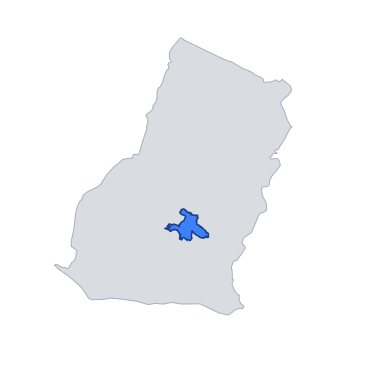 Sekyere Afram Plains North, Ashanti, Ghana shown in context, rotated 26°
{"feature_id": "2480657B37542209080123", "entity_name": "Sekyere Afram Plains North", "entity_type": "district", "adm_level": 2, "iso_a3": "GHA", "parent_name": "Ghana", "parent_adm1": "Ashanti", "projection": "orthographic", "projection_center": [-0.752, 7.211], "detail": "fine", "context": "in_parent", "style": "filled", "palette": "blue", "viewbox_px": 384, "rotation_deg": 26, "n_neighbors": 0, "source": "geoboundaries", "source_scale": "gbopen_adm2", "svg_char_len": 7884}
<svg xmlns="http://www.w3.org/2000/svg" viewBox="0 0 384 384"><g transform="rotate(26 192 192)"><path d="M233.5,53.5L236.3,56.1L236.9,57.6L235.9,63.3L233.9,67.3L232.6,71.0L232.8,72.9L234.0,74.8L238.2,77.7L240.4,79.6L243.0,82.5L245.9,85.3L250.9,89.0L253.1,89.6L253.0,90.6L252.3,92.0L251.9,105.7L251.5,109.3L251.1,111.1L250.7,116.2L250.1,116.9L249.2,116.8L248.3,117.0L248.1,118.1L248.5,119.1L251.5,119.8L250.8,120.6L248.6,121.3L247.6,122.9L248.0,124.6L246.8,126.0L247.1,127.0L247.9,127.7L249.2,127.4L252.7,125.0L254.2,124.8L256.1,125.3L259.5,128.9L259.6,130.6L258.3,136.7L256.9,141.3L256.7,147.5L258.1,151.0L258.0,152.9L256.4,154.6L252.9,157.0L253.2,158.6L254.8,161.7L257.8,165.1L263.5,169.3L266.6,174.7L266.7,177.0L264.9,179.2L262.8,181.1L262.2,183.9L263.2,202.3L258.6,210.3L258.6,212.6L259.0,215.2L260.3,216.8L262.6,217.2L264.5,218.8L263.9,224.4L262.9,230.1L262.7,232.8L262.2,234.2L260.3,235.2L259.7,237.0L260.2,239.3L259.8,240.9L260.8,243.0L262.9,245.7L266.3,252.3L267.6,252.8L268.1,254.2L267.8,255.5L269.1,258.4L272.8,261.3L276.8,263.8L280.0,264.2L280.7,266.5L282.8,269.3L284.3,270.6L286.7,271.4L288.7,271.9L288.8,274.3L285.3,276.0L282.9,278.5L281.0,282.4L278.5,286.6L269.7,288.9L266.3,288.9L248.3,289.0L231.4,297.4L221.7,300.4L215.7,305.1L207.6,308.4L202.0,312.4L190.3,314.4L171.2,320.7L165.2,323.2L159.1,327.6L149.2,332.8L145.4,332.7L137.6,327.8L131.8,325.4L117.7,321.6L107.1,320.1L102.0,318.5L100.5,318.2L101.7,316.5L104.7,316.4L107.8,316.9L110.2,315.6L113.6,315.5L114.5,314.1L114.8,310.6L114.8,307.8L116.0,306.5L116.3,303.2L114.6,295.8L113.4,295.0L107.3,293.9L106.8,292.4L105.7,290.9L104.5,287.1L103.2,281.4L101.1,274.4L97.0,262.8L96.0,258.7L95.3,254.6L95.2,249.6L96.0,247.7L95.9,245.2L95.6,242.6L98.5,236.7L104.3,229.6L105.5,227.0L106.6,225.2L106.7,222.6L107.8,214.2L110.6,204.1L112.3,200.3L113.5,198.2L114.9,194.8L115.3,193.2L120.5,189.3L123.0,188.2L123.5,186.7L122.7,184.9L123.0,183.8L124.3,183.2L126.2,182.7L127.7,181.1L125.5,168.6L123.8,156.1L123.7,155.1L122.6,153.3L121.6,148.2L119.8,145.2L117.4,144.3L117.4,141.4L119.9,136.7L120.6,133.9L119.4,133.0L119.2,130.8L120.1,127.3L119.7,125.1L119.3,122.8L116.7,117.3L116.1,113.5L117.4,111.2L117.4,106.3L116.1,98.7L115.9,93.8L116.8,91.8L116.4,89.9L114.5,88.1L114.4,86.3L116.0,84.6L115.8,83.3L113.8,82.3L112.1,80.0L110.5,76.3L110.9,70.3L113.9,59.4L114.3,58.4L117.7,58.5L117.7,59.0L128.1,58.9L140.1,58.9L154.4,58.8L167.4,58.6L168.0,58.2L170.1,57.6L183.3,58.7L191.5,58.1L195.0,58.5L197.5,59.2L203.2,58.8L206.2,59.1L208.5,61.8L209.4,61.8L210.7,60.6L213.0,59.3L215.3,58.2L216.9,56.1L217.9,54.5L219.4,54.8L221.6,54.7L223.0,53.4L223.6,51.2L233.5,53.5Z" fill="#d9dde1" stroke="#a8b0b8" stroke-width="1"/><path d="M184.9,234.0L185.4,234.0L185.6,234.0L186.0,233.3L187.1,232.6L187.9,233.7L186.9,234.2L186.6,234.5L186.5,234.8L185.9,235.1L185.7,235.5L185.3,235.7L185.2,236.0L184.7,235.9L184.5,236.1L184.3,236.0L184.2,236.2L183.9,236.3L183.8,236.7L184.1,236.7L184.5,236.6L184.9,236.4L185.3,236.5L185.5,236.3L185.8,236.3L185.9,236.1L186.3,236.2L186.8,236.0L187.0,236.1L187.2,236.3L187.4,236.2L187.5,236.3L188.0,236.3L188.2,236.2L188.4,236.4L188.9,236.4L189.1,236.5L189.3,236.8L190.3,236.7L190.3,236.3L190.2,236.1L190.1,235.5L190.3,235.4L190.6,235.4L191.1,235.1L191.5,234.6L192.1,234.0L192.7,233.8L192.8,233.6L192.7,233.4L193.0,233.2L193.4,232.9L194.0,233.1L194.5,233.0L194.5,232.9L194.8,232.8L195.1,232.8L195.3,232.9L195.5,232.9L195.5,233.0L195.8,232.9L196.0,232.9L196.1,233.0L196.7,233.3L196.8,233.5L197.0,233.4L197.5,233.9L197.9,234.0L198.2,234.3L198.4,234.3L198.4,234.6L198.7,234.7L198.8,234.8L199.0,234.8L199.3,235.2L199.7,235.1L199.9,235.4L200.1,235.4L200.0,235.6L200.1,235.8L200.3,235.9L200.2,236.1L200.3,236.1L200.4,236.5L200.5,236.5L200.4,236.8L200.5,236.9L200.6,237.0L200.7,237.6L200.9,237.8L200.9,238.7L201.1,238.9L201.5,238.5L201.4,238.9L201.5,239.4L201.8,239.3L201.9,239.6L202.2,239.5L202.3,238.9L202.5,239.1L202.7,239.4L203.0,239.6L203.6,239.6L203.6,239.4L203.7,239.2L203.6,238.8L203.7,238.3L203.9,238.1L203.8,237.7L204.0,237.2L204.5,236.7L204.8,236.7L205.3,236.5L205.7,236.8L206.0,236.8L206.6,237.1L208.4,237.5L208.1,237.0L208.1,236.8L209.0,236.5L209.9,236.5L210.6,236.7L211.3,236.6L211.8,236.0L211.8,235.4L211.9,234.9L212.1,234.5L212.2,233.6L212.1,233.4L211.7,233.1L211.5,232.8L211.0,232.5L210.8,231.8L210.6,231.2L210.2,230.4L210.0,229.3L209.8,229.0L209.8,228.6L209.5,228.1L209.5,227.7L209.3,227.5L209.4,227.4L209.2,227.4L209.1,226.9L209.5,226.8L209.7,227.0L209.8,227.1L210.1,227.6L211.0,227.9L211.4,227.8L212.3,228.4L213.2,228.3L214.5,228.7L214.7,228.8L215.0,228.8L215.3,228.9L215.9,228.8L216.5,228.9L217.6,229.0L218.0,229.0L218.2,228.9L218.4,229.0L218.5,229.2L218.9,229.2L219.0,229.1L219.9,229.2L220.7,229.0L220.7,228.9L221.0,228.8L221.5,228.5L221.8,228.4L222.0,228.5L222.0,228.4L222.4,228.1L222.8,228.1L223.0,227.9L223.2,227.4L223.4,227.3L223.3,227.2L223.5,227.1L223.7,226.9L223.5,226.7L223.8,226.5L224.3,226.3L224.4,226.1L224.2,225.9L224.3,225.9L224.5,225.9L224.7,226.0L224.9,225.9L225.2,225.9L225.5,226.1L225.7,225.8L225.8,226.0L226.0,225.7L226.4,225.5L226.2,225.1L226.3,224.7L225.9,224.6L225.6,224.4L225.7,224.2L225.5,223.5L225.5,223.2L225.4,222.9L225.4,222.7L225.0,222.6L224.8,222.3L224.4,222.2L224.2,221.9L223.8,222.0L223.6,222.2L223.4,222.1L223.3,221.9L222.8,221.9L222.7,222.0L222.7,221.9L222.4,221.8L222.4,221.6L221.9,221.5L221.7,221.5L221.4,221.3L221.4,221.2L221.3,220.8L221.0,220.7L220.5,220.7L220.4,220.8L220.2,220.7L219.5,220.7L219.0,220.4L218.6,220.3L218.4,220.3L218.2,220.0L217.3,219.8L217.0,219.8L216.9,219.7L216.7,219.9L216.2,219.5L215.9,219.5L215.7,219.6L215.3,219.3L215.1,219.5L215.1,219.3L214.8,219.4L214.3,219.2L213.5,219.1L213.2,218.8L212.8,218.8L212.6,218.9L211.8,218.9L211.1,219.0L210.7,219.1L210.6,218.8L210.3,218.5L210.1,218.1L209.8,217.6L209.6,217.6L208.9,216.7L209.0,216.4L208.9,216.4L208.8,215.9L208.5,215.8L208.3,215.5L208.3,215.1L208.4,214.9L208.5,214.6L208.4,214.4L208.6,214.1L208.4,213.9L208.5,213.5L208.6,213.4L208.4,213.3L208.6,212.9L208.5,212.7L208.4,212.6L208.5,212.3L208.2,212.2L207.6,211.4L207.3,211.4L207.3,211.2L207.0,211.3L207.0,211.2L206.8,210.9L206.8,210.6L206.5,210.8L206.4,211.1L206.2,211.2L205.4,211.6L205.1,211.4L204.6,211.5L204.2,212.0L203.9,212.0L203.6,212.1L203.4,212.1L203.1,212.3L202.9,212.2L202.6,212.5L202.4,212.4L202.1,212.5L201.7,212.2L201.6,212.3L201.6,212.1L201.6,211.9L201.5,212.1L201.2,212.1L201.3,212.3L201.0,212.5L201.0,212.1L200.7,212.0L200.7,211.9L200.5,212.0L200.3,212.1L200.2,212.0L199.9,211.9L200.0,211.6L199.6,211.7L199.1,211.8L199.2,211.6L198.7,211.7L198.6,211.8L198.5,211.7L198.2,211.9L198.0,211.7L197.9,212.2L197.7,212.2L197.2,212.2L196.5,212.3L196.3,212.2L196.2,212.1L196.0,211.8L195.5,211.6L195.4,211.6L195.2,211.4L194.6,211.6L194.4,211.6L194.4,211.4L194.2,211.3L194.2,211.1L193.9,210.9L193.6,211.0L193.2,211.1L192.6,210.9L192.4,211.0L192.1,210.9L191.7,211.2L191.4,211.2L191.2,211.5L191.3,211.6L191.2,211.7L191.0,211.8L190.9,212.1L190.6,212.2L190.4,212.2L190.2,212.4L190.3,212.6L190.1,212.9L190.3,213.7L190.2,214.0L190.4,214.2L190.3,214.6L190.1,214.9L190.1,215.1L190.2,215.4L190.0,215.6L190.3,216.0L190.5,216.2L190.8,216.3L191.0,216.3L191.4,216.5L192.2,216.6L192.7,216.6L193.0,216.7L193.4,216.7L193.5,216.6L193.8,216.6L194.1,216.7L194.8,216.2L196.9,216.6L197.3,219.1L197.2,221.4L196.6,222.5L196.3,222.7L196.1,223.1L195.7,223.6L195.4,224.4L195.6,225.9L195.3,226.3L194.9,226.4L194.8,226.6L194.8,227.3L195.0,227.7L195.4,227.9L195.7,228.4L195.7,228.6L195.2,228.7L194.7,228.3L194.0,228.4L193.6,228.3L193.3,228.4L192.5,228.4L192.2,228.5L191.8,228.5L191.0,228.7L190.8,228.6L190.5,228.8L190.1,228.8L189.7,228.9L189.5,229.0L189.3,229.1L189.1,229.5L189.0,229.8L188.6,230.2L188.6,230.6L188.2,230.7L187.7,230.6L187.1,230.3L186.7,230.6L186.3,230.6L186.0,230.6L185.7,230.6L185.3,231.0L185.3,231.3L185.9,231.8L186.0,232.1L186.4,232.1L186.2,232.2L186.1,232.4L185.7,232.8L185.2,233.1L184.9,233.0L184.9,234.0Z" fill="#3b82f6" stroke="#1e3a8a" stroke-width="1.5"/></g></svg>